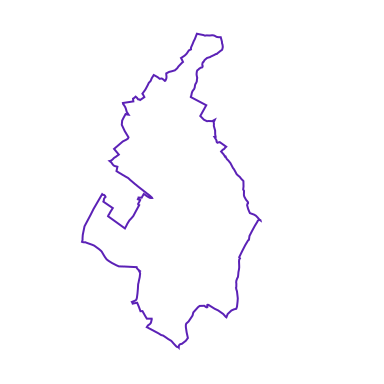 Viisoara, Bihor, Romania (Robinson projection), rotated 230°
{"feature_id": "2599482B21009724792722", "entity_name": "Viisoara", "entity_type": "district", "adm_level": 2, "iso_a3": "ROU", "parent_name": "Romania", "parent_adm1": "Bihor", "projection": "robinson", "projection_center": [22.454, 47.387], "detail": "fine", "context": "isolated", "style": "outline", "palette": "violet", "viewbox_px": 384, "rotation_deg": 230, "n_neighbors": 0, "source": "geoboundaries", "source_scale": "gbopen_adm2", "svg_char_len": 5990}
<svg xmlns="http://www.w3.org/2000/svg" viewBox="0 0 384 384"><g transform="rotate(230 192 192)"><path d="M310.1,297.5L307.3,292.4L306.4,290.2L304.9,287.4L303.4,284.3L302.9,283.6L301.9,282.9L302.5,280.6L301.8,278.2L301.4,276.8L301.2,274.5L301.3,273.1L301.7,269.7L300.1,269.4L297.4,268.7L297.4,267.1L296.9,262.3L296.3,260.2L296.2,257.1L297.6,253.9L298.7,251.7L299.4,248.5L298.1,247.5L296.6,246.5L296.2,246.1L295.4,245.2L295.0,244.4L294.6,243.6L294.4,243.1L294.6,242.6L296.5,242.4L298.4,241.8L299.5,240.0L302.1,239.5L304.2,238.7L306.2,237.9L305.0,234.2L304.3,232.9L303.7,231.8L303.5,230.4L303.4,229.1L302.4,227.0L301.3,224.3L300.4,222.0L299.2,217.2L297.9,217.1L296.3,216.7L295.3,216.5L295.3,216.4L295.8,211.4L296.6,211.3L297.1,210.7L297.5,210.3L298.0,210.3L299.5,210.4L301.3,210.1L301.2,208.2L301.4,206.8L299.1,205.3L304.6,196.3L303.7,195.8L302.0,195.7L299.9,195.4L298.4,194.9L295.3,193.5L292.0,193.1L293.2,192.0L294.4,191.2L292.7,186.9L291.6,184.4L288.6,181.4L281.8,179.6L277.9,179.0L274.7,178.5L274.1,177.3L274.3,175.3L275.2,171.5L275.1,160.0L267.7,160.0L267.7,159.4L267.8,158.4L267.8,158.1L267.9,157.5L267.9,156.8L267.9,156.2L268.0,155.8L268.1,155.2L268.2,154.3L268.2,153.9L268.1,153.0L268.0,152.5L268.0,151.1L268.1,150.3L268.3,149.5L268.5,149.2L268.7,148.8L266.2,149.2L265.4,149.1L264.6,149.0L264.0,149.0L263.1,149.0L262.6,149.1L261.9,149.3L261.4,149.6L260.6,150.2L259.3,151.1L257.2,148.4L256.6,147.6L255.5,147.9L253.4,148.6L251.5,149.3L249.6,149.9L248.1,150.5L246.8,150.9L245.5,151.4L244.0,152.0L242.9,152.2L240.9,152.4L239.3,152.7L235.0,153.4L233.2,153.8L231.9,154.0L230.4,154.3L227.1,155.0L225.3,155.4L223.2,155.8L221.6,156.2L220.4,156.4L219.2,156.7L218.0,157.0L215.8,157.4L214.9,157.5L214.4,157.5L214.0,157.6L213.5,157.7L213.1,157.6L213.8,156.7L214.7,155.9L217.1,155.0L221.5,153.8L220.7,151.6L220.0,149.8L221.0,148.7L222.1,147.5L221.8,147.2L221.6,146.7L221.4,146.2L221.3,145.9L220.9,146.0L220.3,146.5L219.5,147.1L219.2,147.2L218.1,144.7L217.6,143.2L217.3,142.9L216.9,142.8L215.9,143.1L213.6,137.2L211.3,131.5L210.8,128.4L210.5,125.8L209.9,124.0L209.2,121.9L208.5,120.4L207.2,117.2L217.2,114.7L227.4,112.1L227.9,113.0L228.1,113.6L228.2,114.1L228.6,115.1L229.4,117.2L230.0,119.2L230.6,121.0L235.1,119.7L241.6,117.9L241.8,118.2L242.1,118.9L242.7,119.5L243.2,120.0L243.5,120.6L243.7,121.5L243.8,122.6L244.2,122.7L244.9,122.9L245.9,122.8L246.4,122.7L246.7,122.4L247.1,121.9L248.1,121.8L242.3,105.7L239.7,99.7L234.8,87.6L230.6,82.3L229.3,80.7L226.9,78.4L225.7,77.4L225.0,76.4L224.5,75.7L223.7,76.2L222.7,77.1L222.2,77.9L220.7,78.7L215.6,81.7L213.8,82.6L207.8,84.1L205.2,84.5L204.3,84.5L200.8,83.9L198.2,83.5L196.6,83.4L195.3,83.3L193.0,83.8L189.2,85.0L184.4,87.0L182.0,88.2L177.9,92.8L170.0,101.3L169.3,100.9L168.1,100.8L166.4,101.0L164.9,101.3L164.9,101.0L165.1,100.6L164.1,100.4L163.3,100.1L162.7,99.7L162.0,98.9L161.2,98.1L160.2,97.0L159.0,95.4L158.0,94.1L157.0,92.9L156.0,91.5L152.6,88.3L149.4,85.1L146.3,81.7L145.4,80.3L145.2,79.1L146.4,75.3L145.6,75.2L144.6,74.8L144.0,76.0L142.4,78.8L138.2,77.5L133.8,75.9L132.6,77.5L126.8,76.4L124.0,76.0L120.9,79.7L120.4,79.4L119.3,77.9L118.6,77.0L118.1,76.1L117.9,74.7L118.1,72.5L117.5,70.5L105.2,75.5L102.3,76.4L100.6,77.6L97.5,78.5L94.8,79.2L91.4,80.4L90.3,80.5L88.2,80.5L84.1,80.7L83.3,80.8L83.1,80.9L81.8,81.7L81.5,81.9L81.4,81.9L82.7,83.1L83.0,84.1L83.0,85.2L82.2,86.6L82.0,91.6L82.8,95.0L87.8,97.6L92.4,100.4L94.1,101.8L94.9,103.0L95.0,106.1L97.0,113.0L98.9,115.6L99.9,122.6L99.8,124.6L98.9,125.8L96.9,128.3L95.3,128.6L94.3,129.0L94.0,129.4L94.0,129.9L94.8,130.4L95.6,131.0L95.5,131.6L94.8,132.1L88.0,134.3L84.5,135.9L78.5,137.5L74.6,137.6L73.9,137.8L75.6,140.9L75.9,146.0L75.1,148.8L74.1,150.8L75.2,152.7L78.8,156.5L81.1,158.7L87.0,162.6L89.2,163.5L90.0,164.1L90.3,164.1L90.5,164.5L91.0,165.1L93.2,167.0L94.3,167.7L95.5,168.9L96.1,169.9L96.9,171.3L97.1,172.1L97.6,172.8L98.3,173.6L100.8,176.1L102.4,178.1L103.8,179.6L105.4,180.9L108.6,183.4L109.9,184.7L110.3,186.1L111.7,186.2L114.5,192.5L117.1,198.7L118.9,203.9L118.8,204.9L121.4,207.8L123.5,212.8L125.7,218.4L127.1,222.6L127.7,223.9L127.6,225.0L127.5,225.6L126.9,226.0L126.2,226.2L126.4,226.3L127.6,225.9L130.3,225.9L132.8,225.7L134.8,225.0L138.6,222.8L140.1,223.2L142.9,224.1L146.4,225.7L147.0,226.4L147.6,227.5L147.4,227.7L147.6,227.9L148.1,228.3L149.1,228.4L151.3,228.4L154.9,229.1L156.3,229.8L159.5,232.6L161.0,232.8L163.1,235.0L167.3,238.4L168.2,238.4L168.8,238.3L170.5,238.2L172.9,238.3L174.9,237.9L176.4,237.7L177.3,237.7L178.9,238.1L182.6,238.8L184.0,238.8L189.4,240.0L193.0,240.1L194.1,239.9L195.2,239.9L197.6,240.5L197.7,240.0L200.5,240.4L204.3,240.3L204.6,242.7L204.3,244.3L204.6,245.7L204.7,247.3L212.4,245.3L212.7,244.4L213.1,244.1L213.4,243.4L213.4,243.2L214.1,243.0L215.0,243.3L215.5,243.8L216.6,244.1L219.8,244.6L219.1,245.6L221.1,246.7L224.2,249.2L228.6,251.2L230.1,252.6L231.6,253.5L232.2,254.9L232.7,255.9L233.3,253.0L235.2,250.9L235.6,250.5L236.6,249.0L239.7,247.6L244.9,247.2L249.3,258.7L265.5,252.1L265.8,252.4L266.3,253.4L267.9,255.4L268.2,255.9L268.5,256.4L268.9,257.1L269.1,258.1L269.4,258.9L269.4,259.5L269.7,260.2L270.3,261.2L270.5,261.5L271.2,262.2L272.1,263.3L272.7,264.5L272.8,265.1L273.2,265.9L273.6,266.7L274.2,267.3L275.3,268.4L276.1,269.4L276.6,269.6L278.2,270.5L279.0,271.0L279.6,271.5L280.4,272.3L280.8,272.8L281.4,273.4L281.8,274.4L281.7,275.4L281.7,275.8L281.8,276.2L281.8,277.0L281.7,277.3L281.7,277.6L281.7,277.8L281.7,278.3L281.6,278.7L281.5,278.8L281.4,279.0L281.0,279.6L281.1,280.5L281.7,281.2L282.7,281.5L283.3,282.1L284.1,283.1L284.4,283.7L284.3,283.9L284.2,284.2L284.8,285.9L285.0,286.5L285.0,289.7L283.7,292.7L283.7,293.3L282.9,296.3L282.5,297.8L282.5,298.6L281.8,299.7L281.9,300.4L281.8,303.0L281.8,304.1L281.6,306.4L282.1,307.3L283.3,308.8L285.1,310.0L286.6,310.6L288.0,311.6L292.1,313.5L293.1,312.3L294.0,311.4L295.1,310.5L296.3,310.1L297.5,309.6L298.8,308.6L299.3,308.0L299.7,307.3L300.7,305.9L302.1,304.4L302.8,303.6L303.2,302.8L303.6,302.3L304.8,301.7L308.4,298.8L310.1,297.5Z" fill="none" stroke="#5b21b6" stroke-width="2"/></g></svg>